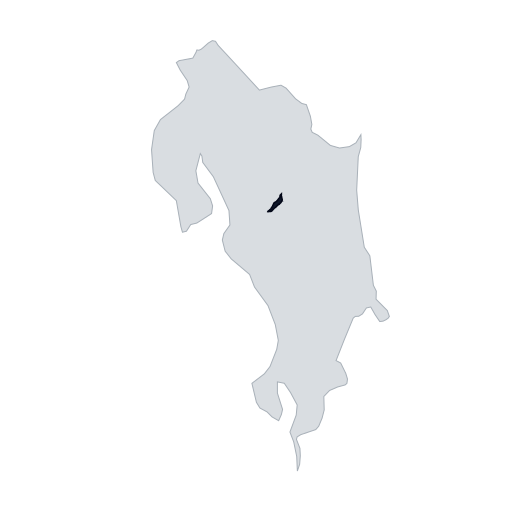 Poas, Alajuela, Costa Rica shown in context, rotated 22°
{"feature_id": "36466004B26047404335903", "entity_name": "Poas", "entity_type": "district", "adm_level": 2, "iso_a3": "CRI", "parent_name": "Costa Rica", "parent_adm1": "Alajuela", "projection": "equal_earth", "projection_center": [-84.237, 10.106], "detail": "fine", "context": "in_parent", "style": "filled", "palette": "ink", "viewbox_px": 512, "rotation_deg": 22, "n_neighbors": 0, "source": "geoboundaries", "source_scale": "gbopen_adm2", "svg_char_len": 4354}
<svg xmlns="http://www.w3.org/2000/svg" viewBox="0 0 512 512"><g transform="rotate(22 256 256)"><path d="M402.3,262.1L401.8,264.2L400.3,266.5L398.2,268.8L395.3,270.4L388.3,265.7L381.5,260.3L377.8,262.8L376.4,269.8L373.8,273.4L370.7,274.8L369.4,277.1L369.2,300.7L369.4,323.0L374.6,323.5L383.2,331.2L386.9,335.8L388.0,340.0L387.0,342.1L380.7,346.9L374.6,353.1L371.5,360.8L376.9,373.2L378.0,381.6L377.9,390.4L376.4,394.6L364.5,404.8L361.9,408.3L362.2,410.9L368.8,417.9L371.9,424.6L374.5,432.8L374.9,439.9L368.9,426.7L360.6,414.2L353.4,406.5L352.9,388.5L350.0,378.7L339.2,369.7L329.9,363.4L323.0,364.7L327.2,375.1L338.1,388.3L338.9,393.4L338.7,400.2L331.2,399.2L324.6,396.4L316.6,395.5L311.2,391.5L299.9,375.6L307.9,362.1L310.4,353.2L310.2,334.8L308.3,325.9L299.6,312.4L285.7,297.5L266.2,285.3L257.0,275.5L234.2,268.0L225.6,263.1L218.8,253.8L217.8,247.2L220.2,237.0L213.9,224.0L186.8,198.5L171.6,189.2L168.4,183.6L166.0,181.9L168.3,199.5L174.9,210.1L192.2,220.0L197.0,225.8L198.9,233.3L188.8,247.6L183.7,251.3L182.2,259.1L178.9,261.5L175.4,257.0L161.4,234.5L134.3,223.7L129.3,217.0L119.3,196.5L114.7,177.8L116.3,165.3L127.5,145.8L131.0,137.3L130.3,132.1L130.7,124.4L126.5,119.1L116.2,112.1L109.7,106.5L111.5,103.7L123.3,96.2L124.1,89.4L124.0,87.1L126.0,86.6L127.7,84.8L128.7,83.0L132.0,76.4L134.8,72.7L138.0,72.1L142.0,74.9L156.9,81.9L173.4,89.7L197.0,100.9L206.8,93.7L215.2,88.3L221.0,89.1L233.7,95.4L241.3,97.4L246.0,96.8L254.1,106.1L258.5,113.1L259.3,117.8L261.8,120.3L268.1,120.8L283.5,125.6L293.0,124.6L301.6,119.6L306.3,113.6L307.8,104.2L309.9,108.8L312.5,116.2L313.6,125.6L324.7,157.3L333.6,175.0L353.1,207.3L361.5,213.2L375.8,239.2L380.7,243.5L383.5,251.1L398.2,257.4L402.3,262.1Z" fill="#d9dde1" stroke="#a8b0b8" stroke-width="1"/><path d="M256.3,188.9L256.1,189.4L255.7,190.2L255.8,190.4L255.8,190.5L255.7,190.7L255.7,190.8L255.7,191.1L255.7,191.3L255.7,191.5L255.8,191.7L255.9,191.9L256.0,192.0L256.2,192.4L256.2,192.5L256.3,192.5L256.3,192.9L256.3,193.0L256.2,193.1L255.9,193.3L255.8,193.5L255.7,193.8L255.6,194.0L255.5,194.3L255.5,194.5L255.3,195.2L255.2,195.4L255.2,195.7L255.2,195.8L255.1,196.0L255.2,196.3L255.1,196.5L254.8,196.7L254.7,196.9L254.7,197.0L254.6,197.4L254.6,197.5L254.5,197.8L254.4,197.9L254.3,198.0L254.2,198.2L254.1,198.4L254.0,198.5L253.8,198.7L253.8,198.8L253.7,198.8L253.6,199.0L253.5,199.3L253.4,199.3L253.2,199.4L253.2,199.5L253.0,199.8L252.9,199.9L252.9,200.0L252.8,200.3L252.7,200.4L252.7,200.9L252.8,201.0L252.8,201.3L252.8,201.6L252.7,201.8L252.7,202.0L252.7,202.3L252.7,202.5L252.6,203.0L252.7,203.3L252.7,203.5L252.6,204.1L252.5,204.3L252.6,204.5L252.5,204.8L252.4,205.0L252.4,205.4L252.3,205.5L252.2,205.8L252.1,206.0L252.2,206.3L252.2,206.6L252.1,206.8L252.1,207.0L251.9,207.2L251.9,207.3L251.8,207.5L251.7,207.6L251.4,208.0L251.5,208.2L251.5,208.3L251.3,208.4L251.3,208.6L251.2,208.8L251.1,209.0L250.9,209.1L250.8,209.3L250.7,209.4L250.6,209.5L250.5,209.8L250.4,209.9L250.4,210.0L250.3,210.3L250.3,210.5L250.5,210.5L250.7,210.4L251.0,210.2L251.3,210.0L251.7,209.8L251.9,209.5L252.0,209.5L252.1,209.4L252.3,209.4L252.5,209.4L252.8,209.2L253.0,209.2L253.1,208.9L253.3,208.8L253.4,208.7L253.5,208.7L253.6,208.4L253.8,208.3L253.8,208.2L253.9,207.9L254.0,207.8L254.0,207.7L254.0,207.4L254.1,207.2L254.3,207.0L254.3,206.9L254.2,206.9L254.2,206.7L254.3,206.3L254.4,206.1L254.5,206.1L254.5,205.9L254.8,205.7L254.9,205.4L254.9,205.2L255.0,205.1L255.0,204.8L255.2,204.5L255.2,204.4L255.3,204.3L255.3,204.2L255.5,204.1L255.5,203.9L255.8,203.7L256.0,203.6L256.0,203.4L256.0,203.2L256.2,202.9L256.3,202.7L256.2,202.5L256.2,202.4L256.3,202.3L256.5,202.2L256.6,201.8L256.7,201.6L256.7,201.4L256.9,201.3L256.9,201.1L257.0,201.0L257.0,200.9L257.2,200.6L257.2,200.4L257.3,200.3L257.5,200.2L257.7,199.9L257.8,199.7L258.2,199.4L258.3,199.2L258.3,198.9L258.2,198.9L258.3,198.8L258.3,198.7L258.5,198.4L258.6,198.2L258.7,197.9L258.8,197.7L259.0,197.4L259.0,197.2L259.1,196.9L259.2,196.6L259.2,196.4L259.2,196.2L259.3,195.8L259.3,195.7L259.4,195.4L259.2,194.8L259.2,194.7L259.3,194.7L259.2,194.6L259.2,194.2L259.2,193.9L259.1,193.7L258.9,193.5L258.9,193.4L258.7,193.2L258.4,192.9L258.3,192.6L258.2,192.5L258.1,192.4L257.8,192.1L257.8,191.9L257.7,191.9L257.6,191.7L257.4,191.5L257.4,191.3L257.3,191.2L257.2,191.0L257.0,190.9L256.6,189.8L256.6,189.7L256.5,189.4L256.3,188.9Z" fill="#0f172a" stroke="#020617" stroke-width="1.5"/></g></svg>